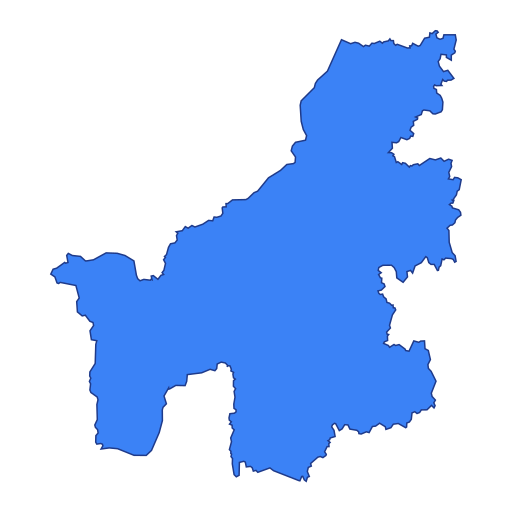 outline of Ambatondrazaka, Alaotra-Mangoro, Madagascar
{"feature_id": "10022922B15285270155057", "entity_name": "Ambatondrazaka", "entity_type": "district", "adm_level": 2, "iso_a3": "MDG", "parent_name": "Madagascar", "parent_adm1": "Alaotra-Mangoro", "projection": "orthographic", "projection_center": [48.499, -17.866], "detail": "fine", "context": "isolated", "style": "filled", "palette": "blue", "viewbox_px": 512, "rotation_deg": 0, "n_neighbors": 0, "source": "geoboundaries", "source_scale": "gbopen_adm2", "svg_char_len": 6010}
<svg xmlns="http://www.w3.org/2000/svg" viewBox="0 0 512 512"><path d="M101.1,449.0L109.3,447.9L117.6,448.7L134.0,455.3L146.2,455.4L151.5,450.4L159.2,432.6L162.4,420.6L162.3,409.9L163.0,407.3L166.4,403.8L164.0,396.0L168.7,387.8L168.9,389.1L169.7,388.9L175.8,385.4L185.1,385.6L186.7,381.3L187.3,374.6L201.7,372.8L210.1,369.3L214.9,370.7L216.7,368.6L217.2,364.0L221.2,362.1L225.4,363.0L227.5,365.2L227.1,366.8L228.0,365.7L230.0,365.9L231.3,369.2L230.9,370.9L233.6,372.4L232.9,374.0L233.5,377.8L235.3,379.1L233.5,380.7L233.4,386.2L235.6,388.7L234.1,391.4L235.0,397.2L233.8,404.1L234.0,408.4L236.0,409.7L236.1,411.8L234.4,413.2L229.9,413.7L229.0,417.9L229.3,420.1L231.3,421.8L229.5,424.1L232.1,425.2L232.2,428.0L234.2,429.8L230.7,438.0L231.5,441.7L229.4,449.6L230.9,451.2L230.8,453.4L231.6,454.1L231.0,456.6L232.5,458.5L232.3,463.9L234.1,474.6L236.3,476.8L239.1,475.3L239.4,462.4L243.8,461.3L245.3,462.1L246.3,466.9L250.5,466.4L252.2,467.7L253.3,471.1L256.0,470.4L257.8,472.3L269.9,467.9L273.6,470.7L298.9,480.6L299.9,480.8L301.7,476.5L302.7,476.3L304.3,479.9L306.2,481.3L307.4,477.3L309.3,476.5L307.3,471.5L308.3,467.4L311.3,466.1L310.6,463.5L317.8,457.2L320.2,456.5L322.9,457.6L325.9,455.5L326.3,454.3L324.6,451.8L327.1,446.6L329.0,446.6L328.8,443.6L330.1,442.4L328.0,440.7L329.7,439.7L330.2,438.0L335.1,436.5L334.0,430.3L331.7,426.9L332.4,424.9L334.5,423.3L335.7,423.7L339.3,430.6L342.1,428.9L344.7,424.7L347.9,424.9L349.9,429.1L356.9,430.3L358.7,431.9L358.9,433.6L361.2,434.0L366.4,431.8L369.1,432.6L372.4,426.5L375.6,426.1L379.6,423.2L385.3,426.7L385.9,429.4L390.9,427.7L393.3,424.2L398.3,423.5L405.7,427.7L406.6,427.0L406.8,423.0L409.4,422.0L411.3,419.3L412.0,412.9L414.8,411.7L417.0,413.5L419.6,412.5L421.3,409.9L427.0,409.8L431.5,405.4L434.0,407.9L435.1,405.7L433.8,402.8L435.4,400.1L432.1,396.5L431.3,393.2L436.0,381.2L431.1,371.3L428.4,368.4L427.9,364.6L430.4,359.6L428.3,350.5L425.0,348.7L424.5,340.9L420.7,341.1L418.8,342.3L413.8,340.9L409.0,351.2L405.6,350.5L405.1,349.1L399.1,344.6L395.6,345.5L394.0,344.5L389.6,347.3L388.4,345.5L383.6,343.4L384.4,341.8L387.6,340.5L387.4,336.1L388.6,334.5L387.1,334.2L386.6,332.1L390.4,328.0L389.5,325.3L392.4,314.9L395.7,309.9L394.9,307.9L393.3,307.8L393.0,305.0L391.7,305.3L389.6,303.2L386.9,302.4L386.1,298.9L383.6,296.8L382.6,294.1L380.2,294.5L378.8,293.3L378.0,290.9L381.3,290.1L385.0,286.5L384.1,283.9L381.5,282.7L381.8,278.2L380.4,277.8L378.6,274.5L381.2,272.7L378.2,270.4L378.8,267.5L382.8,265.3L391.5,265.2L394.2,267.6L396.3,271.7L396.8,277.9L403.1,282.3L407.5,276.9L406.9,271.6L410.5,270.4L412.6,273.1L415.1,265.9L421.3,262.7L425.8,256.6L427.3,257.7L428.8,262.6L431.0,264.4L434.2,264.4L437.4,270.5L438.4,270.3L439.1,267.1L440.7,265.7L442.1,259.0L443.9,259.8L445.7,258.1L451.3,258.6L453.2,259.4L454.7,262.2L456.1,261.4L455.1,255.7L452.2,252.6L449.2,242.3L448.9,230.5L447.0,228.2L450.1,225.3L452.4,225.0L454.9,222.7L455.5,220.0L457.6,217.5L460.9,215.2L460.5,212.3L458.7,209.8L452.4,207.9L451.9,206.2L449.4,204.6L451.1,203.1L452.8,203.1L453.5,201.5L452.3,200.2L453.8,200.1L453.4,199.1L456.4,194.9L457.2,191.2L459.2,189.7L461.2,179.7L457.8,177.8L454.6,177.4L453.1,179.7L448.4,178.9L449.7,176.5L448.8,172.3L451.6,166.6L451.0,163.3L452.1,160.4L448.6,159.2L444.1,161.3L440.8,158.0L435.4,159.9L429.8,158.5L419.3,165.5L417.8,163.8L413.3,164.7L411.9,166.0L410.4,165.6L409.3,167.1L405.4,163.3L402.6,162.7L401.7,164.5L397.8,161.7L396.3,162.5L394.5,156.7L392.9,155.8L393.9,154.3L391.5,152.7L388.4,152.6L392.4,148.2L392.0,142.3L396.5,142.8L398.7,141.6L400.9,137.5L406.9,139.7L409.6,138.4L410.7,136.1L412.8,136.4L413.7,133.6L410.0,130.3L411.1,127.2L413.7,125.3L413.3,121.4L417.4,119.3L417.7,117.9L415.6,117.0L421.3,114.5L422.4,110.8L423.9,110.0L429.8,110.8L432.9,113.8L435.3,114.0L441.1,111.8L442.4,109.7L442.9,102.1L441.7,98.2L440.2,95.4L436.7,93.0L436.4,89.5L433.9,88.3L433.6,86.4L434.6,84.9L436.2,85.7L441.9,85.5L440.9,84.2L442.7,79.5L444.2,81.1L446.6,81.4L447.4,80.2L451.0,80.1L453.9,78.4L447.8,70.3L443.5,71.6L439.4,66.1L438.2,61.5L440.1,58.8L441.0,54.3L446.4,54.9L446.4,57.4L451.3,60.2L451.3,55.1L454.8,52.8L455.3,51.2L453.9,49.2L456.2,40.0L455.3,34.8L443.9,34.8L443.0,38.3L440.0,39.3L436.9,37.8L435.9,34.1L438.2,32.3L437.1,30.9L435.3,30.7L432.1,33.6L429.9,32.9L429.4,37.2L424.6,38.2L420.2,45.5L418.2,46.2L412.7,43.3L411.6,45.8L409.7,45.9L410.1,47.9L407.4,48.0L397.2,44.3L395.6,45.3L393.8,43.5L393.4,40.6L390.9,40.6L389.9,38.9L388.3,40.9L383.7,41.9L382.4,43.2L379.8,41.2L374.3,43.5L371.9,43.2L369.3,46.1L365.4,45.2L363.5,46.6L358.6,43.2L355.0,42.3L350.6,43.7L341.5,39.7L327.4,71.2L317.6,80.0L315.4,83.4L314.3,87.7L301.2,100.8L300.2,105.2L301.2,121.3L303.3,129.5L306.6,135.6L305.5,140.2L295.5,142.3L292.4,146.1L291.2,150.8L295.5,157.0L295.1,162.4L293.4,163.6L286.8,164.5L280.5,170.4L268.5,177.8L257.6,191.2L254.0,192.7L248.1,198.4L245.9,199.6L232.5,199.9L227.7,203.6L226.0,203.6L226.2,206.8L222.8,207.0L222.2,207.9L222.8,213.3L221.0,216.0L216.8,217.3L214.1,217.0L212.7,220.8L208.6,220.4L202.8,224.2L194.9,227.0L191.9,225.5L188.1,228.2L185.3,226.6L182.3,230.7L176.2,231.8L177.8,233.2L176.5,235.6L177.2,240.0L174.9,242.9L170.5,243.8L168.5,247.3L166.5,254.6L164.5,256.5L165.4,257.4L163.6,259.7L165.5,263.4L163.9,270.3L162.1,272.6L163.6,274.5L161.0,275.3L157.9,279.3L153.3,275.6L151.2,276.1L152.0,279.6L151.2,279.1L150.4,280.2L143.8,279.4L140.0,280.8L137.7,278.7L136.4,275.2L133.9,260.9L125.0,255.5L117.2,253.3L106.1,252.9L93.5,259.8L86.7,260.9L85.4,260.9L80.5,256.4L72.3,255.5L68.3,253.4L66.7,255.4L68.0,262.5L65.6,263.2L64.7,262.4L56.6,268.2L53.1,269.2L50.8,274.1L54.9,276.9L57.0,282.9L58.6,283.5L60.2,282.4L75.9,285.5L79.2,298.0L76.7,301.6L77.4,311.9L82.2,315.9L85.3,315.2L89.9,321.3L93.0,322.5L93.6,325.5L90.0,330.8L91.4,339.7L96.8,340.7L95.8,344.4L95.2,363.5L89.9,371.9L89.7,376.0L90.8,378.2L89.4,381.4L90.6,383.8L89.9,390.0L90.9,392.5L97.2,397.0L98.0,399.8L96.9,404.5L97.3,419.6L94.8,425.0L95.4,427.3L97.6,429.7L98.1,433.0L95.9,435.6L95.7,442.1L96.8,444.1L100.7,443.5L102.4,444.2L102.9,445.8L101.1,449.0Z" fill="#3b82f6" stroke="#1e3a8a" stroke-width="1.5"/></svg>